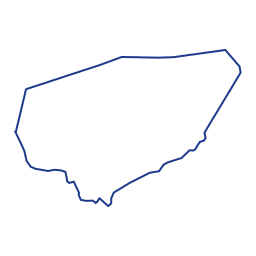 Shamal Jabal Marrah, North Darfur, Sudan (Albers equal-area conic projection)
{"feature_id": "16777658B34833163736503", "entity_name": "Shamal Jabal Marrah", "entity_type": "district", "adm_level": 2, "iso_a3": "SDN", "parent_name": "Sudan", "parent_adm1": "North Darfur", "projection": "albers", "projection_center": [24.528, 13.273], "detail": "fine", "context": "isolated", "style": "outline", "palette": "blue", "viewbox_px": 256, "rotation_deg": 0, "n_neighbors": 0, "source": "geoboundaries", "source_scale": "gbopen_adm2", "svg_char_len": 4197}
<svg xmlns="http://www.w3.org/2000/svg" viewBox="0 0 256 256"><path d="M15.4,131.9L15.5,132.1L20.9,143.3L24.3,150.8L26.6,160.9L30.7,166.7L35.5,168.8L48.2,171.0L54.1,169.8L61.0,170.4L65.4,171.9L66.9,178.6L67.2,181.4L69.2,182.9L73.8,181.7L79.0,192.8L78.7,195.0L80.9,199.9L86.5,200.9L92.7,200.6L95.5,202.7L95.7,202.9L95.9,202.7L97.1,201.9L97.7,201.0L98.0,200.5L98.4,199.8L98.5,199.7L98.7,199.4L98.8,199.2L99.0,198.9L99.2,198.7L99.3,198.4L99.6,198.3L99.8,198.5L100.0,198.8L100.3,199.0L100.7,199.3L100.8,199.4L101.4,200.0L101.7,200.3L102.3,200.8L102.5,201.0L102.9,201.3L103.1,201.5L103.3,201.7L103.9,202.2L104.2,202.5L104.7,203.0L105.2,203.4L105.7,203.8L105.9,204.0L106.3,204.4L106.8,204.8L107.0,205.0L107.3,205.2L107.5,205.5L108.0,205.8L108.2,206.0L108.5,205.8L108.5,205.7L108.9,205.5L109.1,205.3L109.3,205.2L109.5,205.0L109.8,204.8L110.2,204.3L110.3,204.2L110.5,204.1L110.6,203.9L110.8,203.7L111.0,203.5L111.2,203.2L111.2,202.8L111.2,202.6L111.2,202.3L111.2,202.2L111.2,201.7L111.2,201.4L111.2,200.9L111.2,200.7L111.3,200.4L111.2,199.8L111.2,199.6L111.2,198.4L112.3,196.0L112.5,195.4L113.7,192.9L113.8,192.5L122.0,187.6L125.4,185.5L130.2,182.6L132.1,181.7L139.9,177.7L141.1,177.1L147.1,174.1L149.6,172.8L154.3,172.0L157.4,171.5L159.1,171.2L161.3,167.9L161.9,167.2L163.6,164.7L165.6,163.6L167.6,162.5L168.0,162.3L175.6,159.9L177.1,159.4L177.3,159.3L180.7,158.3L181.5,158.1L181.8,157.8L182.1,157.6L182.5,157.1L182.9,156.7L183.2,156.5L183.3,156.3L185.5,154.2L187.7,152.1L188.7,151.1L189.2,150.6L189.3,150.4L189.5,150.3L189.8,150.3L190.0,150.3L190.8,150.4L191.4,150.4L192.0,150.4L192.4,150.5L192.7,150.5L193.1,150.5L193.4,150.3L193.6,150.3L193.7,150.2L193.9,150.1L194.4,149.8L194.8,149.6L195.0,149.5L195.3,149.3L195.6,148.8L195.9,148.3L196.2,147.7L196.6,147.0L196.9,146.5L197.0,146.3L197.1,146.1L197.3,145.8L197.4,145.6L197.9,144.8L198.5,143.9L198.8,143.6L199.4,142.8L199.5,142.6L199.6,142.4L199.8,142.2L199.9,141.9L200.1,141.9L200.5,141.7L200.9,141.6L201.7,141.3L202.0,141.2L203.1,140.8L203.4,140.7L203.6,140.7L204.0,140.5L204.1,140.4L204.3,140.1L204.4,139.9L204.6,139.6L205.1,138.7L205.3,138.5L205.4,138.4L205.4,138.2L205.6,138.0L205.5,137.8L205.4,137.4L205.4,137.1L205.3,136.9L204.6,133.4L204.5,132.7L204.8,132.3L205.0,131.9L205.4,131.1L205.8,130.5L206.9,128.6L208.0,126.8L209.0,125.1L213.6,117.4L214.4,116.1L215.6,114.2L221.4,104.6L222.2,103.2L231.0,88.7L237.3,78.1L240.3,73.2L240.6,72.7L240.0,69.1L239.7,67.4L239.7,67.1L239.6,66.6L239.5,66.4L239.3,66.2L239.1,65.9L238.9,65.7L238.7,65.5L238.5,65.3L236.4,62.9L236.0,62.4L235.5,61.8L232.8,58.6L231.7,57.4L231.5,57.2L228.4,53.6L228.1,53.2L226.8,51.7L226.0,50.8L225.6,50.3L225.5,50.1L225.4,50.0L225.0,50.0L224.6,50.1L224.4,50.1L224.0,50.2L223.7,50.2L223.1,50.3L222.8,50.3L221.8,50.5L221.4,50.5L221.0,50.6L220.7,50.6L220.2,50.7L219.9,50.7L219.8,50.8L219.6,50.8L219.2,50.8L218.8,50.9L218.3,51.0L218.1,51.0L217.7,51.1L217.3,51.1L216.9,51.2L216.6,51.2L216.2,51.3L215.9,51.3L215.1,51.4L214.8,51.5L214.7,51.5L214.0,51.6L213.5,51.6L213.2,51.7L212.9,51.7L212.7,51.7L211.1,52.0L210.9,52.0L210.7,52.0L209.4,52.2L208.3,52.4L207.1,52.5L205.3,52.8L205.1,52.8L204.0,53.0L203.8,53.0L203.0,53.1L202.7,53.1L196.0,54.1L195.1,54.2L193.8,54.4L191.0,54.7L186.7,55.3L185.8,55.5L184.1,55.7L183.6,55.8L183.3,55.8L183.0,55.8L182.0,56.0L176.7,56.7L176.3,56.8L174.1,57.1L173.7,57.1L173.4,57.2L173.2,57.2L172.8,57.2L171.1,57.2L170.3,57.3L170.2,57.3L169.6,57.3L169.4,57.3L168.9,57.3L168.5,57.3L167.4,57.4L166.9,57.4L164.7,57.4L163.6,57.5L162.8,57.5L161.6,57.5L160.9,57.6L160.6,57.6L157.9,57.7L157.2,57.6L156.5,57.6L156.1,57.6L155.1,57.6L154.0,57.6L148.6,57.5L148.2,57.5L146.1,57.4L142.5,57.4L136.4,57.2L126.9,57.1L124.1,57.0L122.5,57.0L121.6,57.0L99.1,65.3L83.9,70.2L80.9,71.2L79.2,71.8L78.2,72.1L77.6,72.3L76.1,72.8L75.7,72.9L73.8,73.5L73.2,73.7L72.3,74.0L71.2,74.4L70.7,74.6L69.8,74.8L64.7,76.5L62.6,77.2L61.4,77.6L56.6,79.2L53.0,80.3L49.3,81.6L43.0,83.7L41.9,84.0L41.7,84.1L41.0,84.3L30.3,87.8L29.4,88.1L27.5,88.7L27.1,88.8L26.5,89.1L26.2,89.2L25.9,89.7L25.8,90.2L25.4,91.8L25.3,92.1L24.7,94.9L24.5,95.8L21.2,109.4L20.9,110.7L18.3,121.8L16.9,127.3L16.4,129.5L16.3,129.9L16.2,130.7L16.0,131.3L15.9,131.9L15.5,131.9L15.4,131.9Z" fill="none" stroke="#1e3a8a" stroke-width="2"/></svg>